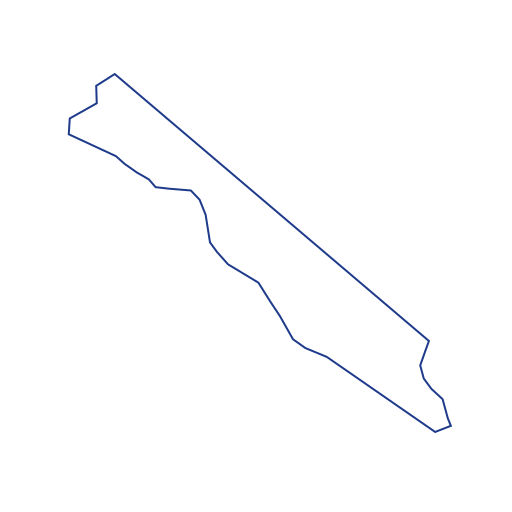 outline of Toraille, Soufrière, Saint Lucia, rotated 261°
{"feature_id": "8701671B26291709137074", "entity_name": "Toraille", "entity_type": "district", "adm_level": 2, "iso_a3": "LCA", "parent_name": "Saint Lucia", "parent_adm1": "Soufrière", "projection": "orthographic", "projection_center": [-61.033, 13.858], "detail": "fine", "context": "isolated", "style": "outline", "palette": "blue", "viewbox_px": 512, "rotation_deg": 261, "n_neighbors": 0, "source": "geoboundaries", "source_scale": "gbopen_adm2", "svg_char_len": 566}
<svg xmlns="http://www.w3.org/2000/svg" viewBox="0 0 512 512"><g transform="rotate(261 256 256)"><path d="M405.5,90.1L376.5,133.3L367.7,140.5L357.2,151.3L348.4,162.2L339.7,167.6L336.2,180.2L330.9,201.9L320.4,209.1L304.6,212.7L276.6,212.7L266.1,218.1L252.1,227.1L229.3,254.2L208.3,263.2L192.5,270.4L168.0,279.5L157.4,290.3L145.2,310.2L54.2,405.4L57.8,421.9L65.5,420.1L85.4,417.9L97.4,408.4L108.8,402.5L122.3,401.1L135.8,408.4L145.0,413.5L454.6,147.7L457.8,144.9L449.1,124.8L431.8,122.6L421.0,93.6L405.5,90.1Z" fill="none" stroke="#1e3a8a" stroke-width="2"/></g></svg>